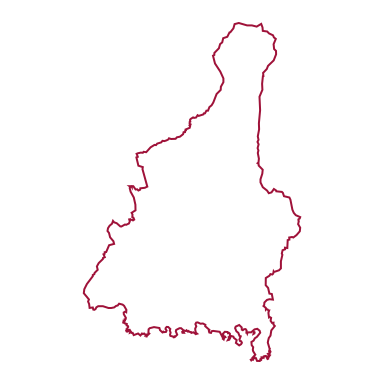 outline of Lombok Tengah, Nusa Tenggara Barat, Indonesia
{"feature_id": "22746128B98880758851169", "entity_name": "Lombok Tengah", "entity_type": "district", "adm_level": 2, "iso_a3": "IDN", "parent_name": "Indonesia", "parent_adm1": "Nusa Tenggara Barat", "projection": "orthographic", "projection_center": [116.283, -8.682], "detail": "fine", "context": "isolated", "style": "outline", "palette": "rose", "viewbox_px": 384, "rotation_deg": 0, "n_neighbors": 0, "source": "geoboundaries", "source_scale": "gbopen_adm2", "svg_char_len": 6054}
<svg xmlns="http://www.w3.org/2000/svg" viewBox="0 0 384 384"><path d="M89.6,307.9L92.8,307.5L93.3,309.6L94.4,309.8L95.5,309.1L96.4,307.3L98.2,306.2L102.9,306.2L108.5,308.0L111.2,308.0L114.2,307.4L116.1,305.9L117.7,305.5L119.1,303.7L122.6,304.6L124.1,305.8L126.4,309.9L126.2,312.2L125.2,311.6L123.7,312.5L123.8,314.2L125.9,317.9L125.6,319.1L124.7,319.3L125.0,320.6L123.9,321.6L123.5,321.2L123.2,322.6L125.4,323.4L125.3,324.5L125.7,323.8L126.8,324.0L126.6,325.4L127.8,325.9L128.2,326.9L127.1,328.6L127.5,329.5L126.6,329.5L126.8,330.2L126.2,330.7L126.6,331.5L127.6,331.6L128.1,330.3L128.6,330.7L128.9,329.9L129.7,329.8L130.6,331.3L130.1,332.7L131.3,332.2L131.9,333.0L132.7,332.9L133.7,335.1L138.1,333.5L140.4,335.5L142.0,333.5L142.9,334.1L144.1,333.5L145.4,334.7L146.1,334.6L145.7,335.4L146.1,335.3L146.6,337.3L146.7,336.0L149.3,333.6L148.4,332.8L148.6,329.3L149.7,328.2L154.0,327.1L159.4,328.0L160.0,330.1L162.4,332.4L163.2,331.7L163.6,332.2L166.0,331.9L166.6,330.5L165.5,329.0L165.7,328.0L166.7,326.9L168.2,327.0L170.3,329.0L169.8,330.4L170.6,332.7L170.0,334.8L170.4,335.9L173.3,336.6L173.6,337.3L174.4,337.2L174.7,336.4L175.3,336.6L177.2,334.7L175.8,331.4L176.2,329.9L179.5,328.2L181.1,328.2L183.5,330.3L185.9,331.0L186.6,330.3L187.7,331.5L188.6,331.0L189.1,331.8L191.1,332.1L191.4,332.9L193.4,332.3L196.4,334.6L196.1,334.0L197.1,333.7L195.9,332.7L195.3,330.2L195.2,328.6L196.3,326.3L195.4,324.1L196.2,322.6L197.7,322.4L200.5,323.7L202.9,323.5L205.4,324.8L205.2,326.2L209.4,329.9L208.8,330.7L209.3,332.5L211.0,332.9L211.7,331.2L213.1,330.9L219.7,331.8L222.9,337.9L222.8,339.6L223.2,338.9L223.7,339.4L224.3,337.5L225.4,337.2L225.1,336.6L223.6,336.2L223.0,333.7L224.8,331.8L227.6,332.0L228.0,333.2L229.0,332.9L229.9,333.7L229.8,336.4L228.7,337.1L229.4,338.9L229.9,338.7L230.9,335.9L233.4,336.6L233.8,337.8L236.7,340.1L235.9,342.9L239.2,345.4L241.1,344.2L241.9,342.8L241.2,341.3L240.1,341.1L239.4,339.5L240.7,336.3L239.5,335.9L238.3,332.8L236.4,331.3L235.1,328.1L235.7,326.6L239.2,325.0L241.7,327.4L241.8,329.7L242.8,330.2L244.1,329.2L245.6,329.1L246.6,330.5L246.3,333.6L246.9,332.2L247.3,333.4L247.7,332.3L251.2,332.3L254.5,329.4L257.3,328.8L259.6,330.7L260.2,332.7L256.9,336.9L254.8,338.3L253.6,340.6L251.4,342.0L251.7,345.2L253.2,347.2L252.8,349.8L253.2,351.3L255.3,354.7L252.3,358.0L252.7,359.0L252.2,359.8L253.0,359.8L253.2,358.4L254.8,357.7L255.0,358.3L256.0,358.2L257.0,360.9L259.8,361.0L260.4,359.3L261.2,359.7L261.5,357.4L262.6,357.9L263.1,357.1L263.7,357.6L264.1,356.2L265.9,355.9L267.5,359.0L268.2,358.7L267.9,356.4L268.8,355.8L269.0,356.6L269.7,355.5L268.9,355.4L268.5,354.7L269.1,354.7L268.3,353.8L269.5,353.6L269.3,351.8L270.3,352.2L270.5,351.6L270.0,350.7L269.3,350.8L269.7,348.8L270.4,349.1L269.5,348.4L267.8,342.6L268.1,340.8L268.8,338.0L270.5,335.6L271.3,330.4L274.8,326.0L273.4,324.4L273.5,322.7L272.0,322.9L270.6,320.8L271.1,317.8L269.7,317.0L269.0,317.4L268.4,312.8L269.1,310.6L268.4,310.7L267.8,309.6L266.5,309.0L265.9,309.6L265.8,307.8L263.5,306.0L264.2,305.0L264.4,302.5L267.0,299.9L269.5,299.2L272.9,299.6L271.8,294.0L269.4,293.6L268.1,287.9L265.7,285.2L265.8,278.0L269.5,275.7L270.4,274.1L272.3,274.5L273.2,273.6L273.6,271.5L273.9,272.0L279.0,270.3L280.9,268.4L280.9,261.3L282.4,254.8L281.8,253.6L282.6,250.2L285.1,249.3L285.0,247.7L287.3,248.0L287.7,240.1L289.4,239.6L289.2,237.5L292.1,237.0L293.3,237.5L296.5,235.1L299.8,231.3L300.2,227.7L298.1,224.1L298.9,220.9L299.4,221.0L298.5,220.7L298.4,219.4L299.7,218.5L300.2,217.1L295.8,215.2L293.8,212.9L292.4,209.7L290.4,199.6L289.4,197.5L284.0,196.2L282.9,192.9L281.9,191.9L276.3,191.3L276.1,190.5L273.9,189.0L271.5,192.4L268.8,193.2L267.1,190.6L262.8,187.2L260.5,182.4L260.5,179.3L262.3,173.7L262.7,169.7L258.7,165.6L258.6,163.9L257.6,163.2L258.5,162.4L258.9,158.7L257.8,153.0L258.4,150.5L257.6,148.1L258.6,144.3L257.5,141.9L258.5,139.8L257.8,136.4L259.1,129.3L258.9,123.3L260.1,110.2L259.5,96.7L262.4,89.8L262.1,83.8L262.9,76.2L263.4,76.1L263.1,72.9L266.8,69.0L268.0,65.9L273.7,60.4L276.1,54.3L276.0,50.9L274.1,49.0L273.6,44.2L275.8,38.9L273.9,37.4L273.0,35.3L269.0,33.4L267.2,31.5L262.8,30.9L262.5,27.4L261.2,23.9L256.7,26.6L251.9,25.4L247.1,25.4L238.8,23.0L234.6,24.1L233.4,28.4L230.3,32.3L229.5,32.4L227.3,36.8L223.2,38.2L222.2,42.4L220.1,44.1L218.9,48.3L214.4,52.9L214.3,55.0L213.0,55.7L215.0,63.5L220.3,71.6L223.4,78.4L223.4,82.2L220.9,86.7L220.7,89.9L216.6,94.0L213.3,102.5L211.6,105.3L209.4,107.1L208.0,110.7L206.4,110.7L205.0,113.3L203.8,113.4L203.4,114.4L198.7,115.9L197.6,115.2L196.1,117.5L194.0,117.9L193.1,117.4L190.6,119.0L190.0,120.0L190.3,121.6L189.7,121.9L189.6,123.8L190.5,124.3L189.6,125.5L190.2,125.9L189.7,127.8L185.6,129.5L185.9,130.4L185.2,130.8L185.0,132.1L183.6,132.2L183.1,134.2L179.9,136.7L176.9,137.3L175.6,138.8L171.1,139.0L169.0,138.3L168.4,139.4L166.5,140.4L164.4,141.1L162.5,140.8L161.2,142.4L157.2,143.6L156.0,145.1L154.5,144.9L150.6,147.3L146.2,152.2L143.6,151.8L142.8,152.8L140.9,152.6L138.1,153.2L136.6,153.8L137.8,156.8L136.4,157.4L138.4,165.7L142.8,167.1L142.5,169.2L147.3,186.6L144.8,187.8L140.3,188.3L140.1,189.7L138.4,190.5L137.2,189.3L135.6,189.5L133.3,186.2L131.8,186.1L131.8,186.9L131.4,186.2L129.5,186.2L130.4,186.9L129.7,188.0L130.6,191.7L133.8,197.5L135.4,204.7L135.5,210.3L131.6,212.8L132.5,214.5L132.3,217.1L133.4,217.6L134.2,219.6L133.0,220.4L132.3,219.8L130.7,219.9L130.3,219.2L129.2,219.4L129.8,221.4L128.9,223.5L126.1,224.8L125.0,224.5L121.4,226.5L120.3,226.4L116.7,223.2L114.1,222.3L113.0,220.9L112.0,223.7L109.6,225.7L108.0,228.2L107.5,231.0L109.0,232.9L110.1,237.3L113.4,241.2L114.1,243.9L109.1,245.2L106.2,252.0L104.7,252.2L104.6,253.9L103.5,254.3L104.8,257.2L103.0,258.0L102.9,259.0L98.7,263.1L96.9,266.4L97.7,269.8L94.6,272.9L94.3,274.2L92.8,275.0L92.8,276.2L86.9,284.0L84.3,289.2L83.8,293.2L88.9,299.4L88.1,301.6L89.1,303.9L89.6,307.9ZM184.0,332.8L183.1,331.2L182.2,331.9L182.5,332.8L184.0,332.8ZM254.4,333.4L254.6,332.3L254.0,331.9L253.5,333.9L254.4,333.4ZM229.0,339.8L228.7,338.7L227.9,340.1L229.0,339.8ZM251.9,359.4L251.1,359.5L250.8,359.7L251.2,360.3L251.9,359.4Z" fill="none" stroke="#9f1239" stroke-width="2"/></svg>